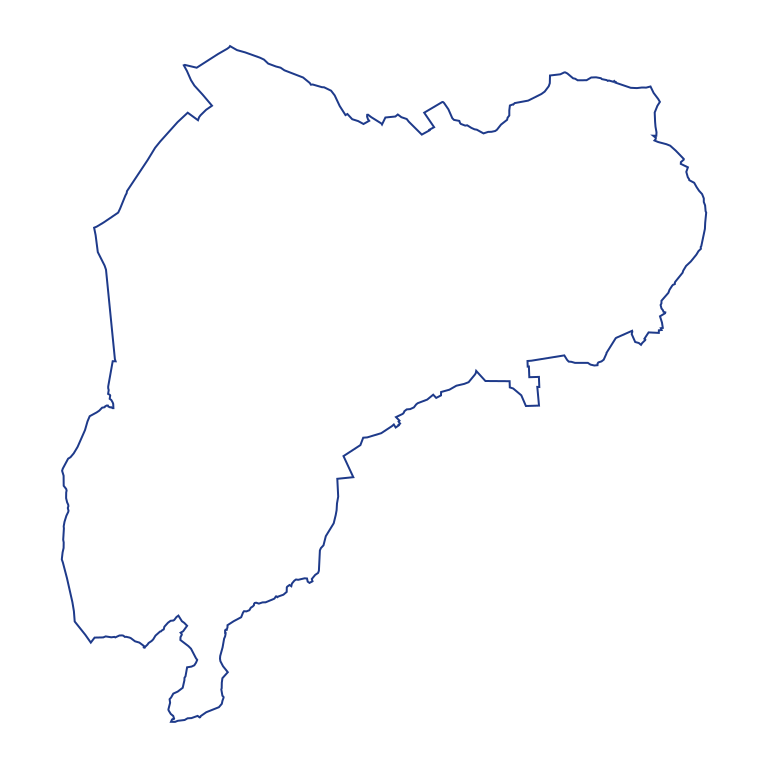 the district of Sibiu, Sibiu, Romania
{"feature_id": "2599482B24946279921532", "entity_name": "Sibiu", "entity_type": "district", "adm_level": 2, "iso_a3": "ROU", "parent_name": "Romania", "parent_adm1": "Sibiu", "projection": "equal_earth", "projection_center": [24.141, 45.783], "detail": "fine", "context": "isolated", "style": "outline", "palette": "blue", "viewbox_px": 768, "rotation_deg": 0, "n_neighbors": 0, "source": "geoboundaries", "source_scale": "gbopen_adm2", "svg_char_len": 6024}
<svg xmlns="http://www.w3.org/2000/svg" viewBox="0 0 768 768"><path d="M367.2,437.4L381.2,433.2L392.0,426.1L393.8,424.5L395.7,427.5L397.7,426.1L398.8,425.3L398.5,424.9L400.1,423.6L398.6,421.6L399.5,420.7L396.0,417.1L402.7,413.9L403.9,412.6L404.3,411.3L406.7,409.4L410.2,409.1L413.9,407.4L416.2,404.4L417.7,403.2L427.2,399.6L433.2,394.7L436.2,397.9L441.0,395.4L441.1,392.0L449.4,389.7L456.4,385.7L464.2,383.9L468.6,382.2L474.8,374.7L475.7,373.3L476.2,370.9L485.4,381.0L509.6,381.2L509.8,387.4L513.2,388.5L521.3,395.3L525.9,406.0L539.0,405.6L537.3,386.9L539.3,387.0L538.9,376.9L529.3,377.2L528.9,366.5L527.7,366.6L527.5,361.0L531.4,360.7L564.3,355.4L567.1,359.9L568.7,361.6L571.3,361.8L575.1,362.9L587.9,362.9L590.5,364.6L594.3,365.5L597.5,365.2L597.6,363.5L598.4,362.4L601.5,361.4L603.7,359.7L606.5,353.5L606.5,352.9L615.7,338.2L616.5,337.7L632.1,330.8L632.3,331.7L631.7,334.1L635.2,342.0L638.8,343.0L641.0,344.8L642.2,343.0L645.2,340.1L645.3,339.5L644.4,338.8L648.6,332.4L658.8,332.9L658.9,330.3L661.6,330.0L660.8,328.2L662.8,327.9L662.0,322.7L660.0,316.3L665.1,313.2L665.3,312.4L663.5,311.8L662.9,310.2L661.5,308.5L660.6,305.0L661.4,303.5L661.5,300.7L668.4,292.8L669.5,289.8L672.1,285.8L673.0,284.8L674.8,284.1L674.9,282.4L675.4,281.6L682.6,272.7L683.2,270.7L686.1,265.9L690.8,261.5L696.4,254.6L698.5,251.1L700.9,248.8L700.7,247.0L701.3,246.1L704.9,228.9L705.2,222.7L706.2,212.6L705.6,211.2L705.1,205.4L703.8,202.0L703.8,198.4L702.1,194.1L699.0,190.7L696.6,187.1L694.2,182.8L689.3,180.2L689.1,179.2L687.8,177.2L686.3,171.9L687.9,167.3L680.8,163.9L680.9,162.1L683.7,159.7L683.8,159.0L675.7,150.6L670.2,145.7L666.4,144.2L658.1,142.0L654.5,140.5L655.6,139.2L655.9,137.9L653.2,135.7L656.3,135.8L656.5,132.3L655.5,126.7L655.1,122.0L654.7,112.5L657.4,105.8L659.9,101.9L658.2,99.0L653.6,92.9L650.5,86.5L646.2,87.6L642.0,87.5L636.9,88.1L630.7,87.8L615.4,82.6L615.6,81.9L614.8,81.7L614.2,81.0L613.4,81.8L608.9,80.5L607.8,80.9L606.7,80.1L601.8,79.1L600.9,78.2L596.0,77.3L591.2,77.5L586.6,80.2L577.7,80.3L575.1,78.7L573.1,78.3L567.4,73.5L565.3,72.4L564.3,72.4L560.3,74.3L550.0,75.5L549.8,83.2L548.7,86.3L544.7,91.6L541.4,94.0L528.2,100.6L514.7,103.1L513.2,104.6L512.8,104.4L509.9,105.5L509.3,110.3L509.3,115.5L507.6,117.7L507.1,119.8L501.0,124.6L496.9,129.8L495.2,131.0L491.5,131.8L488.1,131.9L483.5,133.4L476.8,129.7L474.5,129.3L471.4,127.9L467.2,125.3L465.2,125.6L460.8,123.9L460.0,122.9L459.3,120.9L454.0,119.9L452.3,118.2L448.4,109.3L444.0,102.9L443.1,102.1L442.3,102.0L424.2,112.7L434.1,127.2L429.3,129.8L429.6,130.3L421.8,134.6L408.8,121.7L406.7,119.0L401.4,117.2L397.8,114.5L395.4,116.5L385.4,117.5L382.0,124.5L381.4,123.5L371.3,117.2L368.0,114.7L367.2,114.8L367.1,116.7L368.0,119.3L369.2,120.8L363.5,124.0L358.2,121.1L352.2,119.2L347.4,114.0L345.5,115.1L339.7,106.0L334.7,95.4L331.1,90.7L324.1,87.3L322.0,87.2L312.7,84.5L310.9,84.7L309.8,83.0L303.1,77.5L284.4,70.3L280.6,67.7L276.0,66.5L268.2,63.6L264.0,59.6L260.0,57.7L245.2,52.4L237.0,50.1L230.0,46.1L229.3,47.2L227.3,48.7L217.9,54.1L196.7,67.7L184.8,64.9L183.8,65.3L186.9,70.9L191.0,80.2L194.4,85.6L202.6,94.6L212.0,105.7L206.1,109.8L200.5,115.3L199.1,117.2L198.0,120.2L187.7,112.7L177.6,122.1L160.2,141.5L155.1,147.8L147.6,160.1L127.0,191.1L126.6,193.3L125.4,195.5L120.1,208.6L118.2,212.6L103.6,222.5L96.6,226.7L94.1,227.7L95.6,235.1L97.8,252.1L104.6,265.6L106.0,269.7L114.9,359.2L115.6,361.3L112.7,361.2L108.2,386.5L108.2,388.2L108.7,390.1L108.1,393.9L109.8,394.8L110.2,395.5L109.7,398.8L111.3,400.0L112.7,402.5L113.2,403.9L113.4,408.1L112.5,408.1L111.1,407.2L110.2,407.4L108.3,406.5L107.9,405.5L106.7,405.5L105.0,406.5L104.6,407.2L102.1,407.7L99.2,410.7L96.7,412.4L89.7,416.2L87.5,421.4L85.0,430.1L77.6,446.9L73.7,453.4L70.5,457.2L68.1,458.7L62.8,468.6L62.1,470.8L63.6,475.7L63.7,485.8L66.2,489.0L66.6,490.6L66.2,492.4L66.1,498.1L67.1,502.3L68.2,504.7L68.4,506.1L67.8,508.0L68.5,510.8L68.2,512.0L66.4,515.7L64.5,521.8L63.7,526.3L63.9,528.5L63.2,539.8L63.7,542.4L63.6,548.0L62.6,552.4L61.8,559.4L62.9,562.6L67.0,578.3L72.4,602.2L73.9,611.2L74.7,621.5L85.3,634.8L90.8,642.6L94.6,637.6L103.2,637.4L105.7,636.4L111.3,637.3L114.4,636.9L115.3,637.4L119.4,635.5L122.1,635.4L123.4,635.7L124.8,636.9L126.2,636.8L129.6,637.6L130.9,638.2L135.0,641.3L139.4,642.6L143.8,645.9L143.7,647.4L144.3,647.7L144.8,647.6L145.0,647.0L147.5,644.6L148.6,643.0L151.6,641.0L153.2,639.4L155.5,635.6L160.0,631.6L161.1,631.3L161.9,630.4L163.7,629.4L164.4,626.7L168.0,622.7L170.6,620.8L173.4,620.5L174.3,619.9L176.5,617.0L178.4,615.6L181.9,621.2L184.3,622.9L187.1,625.8L183.1,631.3L180.6,632.7L181.7,634.0L181.8,634.7L180.5,637.1L180.4,640.0L188.4,646.1L191.0,648.7L195.9,658.1L197.2,659.9L196.0,662.7L194.3,665.3L191.5,666.6L187.1,667.3L185.5,676.3L184.5,677.8L184.4,680.3L182.7,687.8L177.7,691.6L173.3,693.6L171.1,697.5L169.6,699.2L170.1,702.8L168.4,709.4L168.6,710.4L170.8,714.0L173.2,715.9L174.1,718.6L173.8,719.1L172.5,719.1L172.0,719.6L171.0,721.8L175.0,721.9L177.8,720.8L184.6,720.0L187.6,718.3L191.4,718.1L197.6,715.9L199.6,717.4L200.2,717.2L200.7,716.1L206.3,712.2L218.9,707.2L221.8,703.8L222.5,700.6L223.6,697.6L223.5,696.9L222.4,695.7L221.3,689.3L221.7,688.3L221.8,682.7L222.4,678.2L227.8,672.2L223.0,666.2L220.4,661.2L220.0,658.7L220.2,656.0L222.6,647.3L224.1,638.7L225.1,636.4L225.6,633.8L225.6,632.9L225.1,632.9L225.1,630.4L225.6,629.7L226.7,629.9L227.5,627.2L227.5,625.2L233.7,621.2L241.2,617.2L243.0,612.6L244.0,611.2L246.4,611.4L249.4,610.2L250.8,607.7L252.7,606.5L253.9,605.3L254.0,604.0L254.7,603.0L256.1,602.7L258.9,603.6L262.5,602.4L265.6,602.3L273.6,599.0L274.4,598.6L275.9,596.4L276.6,596.4L277.3,597.2L278.6,596.4L283.4,594.7L286.7,591.9L286.8,587.4L287.2,586.7L289.5,585.0L291.3,586.2L291.9,583.6L294.3,580.7L296.0,579.5L298.2,579.8L304.6,578.3L307.0,578.5L307.7,581.6L309.5,582.9L312.5,581.3L311.8,579.0L315.2,574.9L318.1,572.9L318.9,570.7L319.9,550.4L320.9,548.1L323.5,545.3L325.8,536.2L333.7,523.3L335.7,515.1L336.6,510.2L337.0,503.4L338.2,496.6L337.3,478.8L353.3,477.2L343.5,456.1L360.4,445.1L363.2,437.7L367.2,437.4Z" fill="none" stroke="#1e3a8a" stroke-width="2"/></svg>